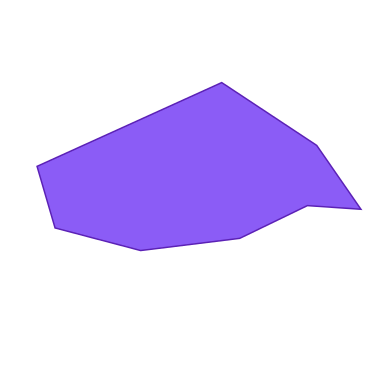 the border of Grenada, rotated 239°
{"feature_id": "GRD", "entity_name": "Grenada", "entity_type": "country or territory", "adm_level": 0, "iso_a3": "GRD", "parent_name": "North America", "parent_adm1": "", "projection": "orthographic", "projection_center": [-61.703, 12.123], "detail": "fine", "context": "isolated", "style": "filled", "palette": "violet", "viewbox_px": 384, "rotation_deg": 239, "n_neighbors": 0, "source": "natural_earth", "source_scale": "50m", "svg_char_len": 276}
<svg xmlns="http://www.w3.org/2000/svg" viewBox="0 0 384 384"><g transform="rotate(239 192 192)"><path d="M167.7,322.9L90.2,327.9L120.9,283.9L127.7,209.0L168.3,117.8L231.7,56.1L293.8,72.4L270.5,273.8L167.7,322.9Z" fill="#8b5cf6" stroke="#5b21b6" stroke-width="1.5"/></g></svg>